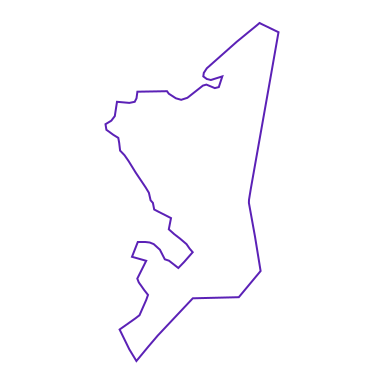 Boumdeid, Assaba, Mauritania
{"feature_id": "47542326B4408163770822", "entity_name": "Boumdeid", "entity_type": "district", "adm_level": 2, "iso_a3": "MRT", "parent_name": "Mauritania", "parent_adm1": "Assaba", "projection": "robinson", "projection_center": [-11.369, 17.747], "detail": "fine", "context": "isolated", "style": "outline", "palette": "violet", "viewbox_px": 384, "rotation_deg": 0, "n_neighbors": 0, "source": "geoboundaries", "source_scale": "gbopen_adm2", "svg_char_len": 1110}
<svg xmlns="http://www.w3.org/2000/svg" viewBox="0 0 384 384"><path d="M273.9,30.0L261.7,24.1L259.5,23.0L257.7,24.6L236.7,41.8L206.8,68.3L203.8,72.9L203.3,76.4L206.8,79.0L210.8,80.0L222.3,76.4L218.8,87.1L214.8,88.1L206.4,84.6L202.9,85.6L187.4,97.8L181.2,99.8L175.9,98.3L168.8,93.7L167.0,91.2L137.4,91.7L136.5,98.3L134.7,101.8L129.4,102.9L117.0,101.8L114.8,116.1L111.3,120.7L105.5,124.2L106.4,129.8L113.3,134.8L118.3,137.9L119.2,143.0L120.1,150.6L124.5,155.2L128.6,161.1L135.7,172.6L145.7,187.5L148.9,192.8L150.6,200.3L152.9,202.9L154.2,209.5L159.0,212.0L171.0,218.1L168.8,229.3L174.3,234.2L179.9,238.5L186.5,244.1L189.6,248.6L192.7,252.2L184.3,261.8L178.3,268.0L169.0,260.7L164.8,259.3L159.9,249.7L153.7,244.1L149.7,242.5L145.3,242.0L137.8,242.0L132.0,256.8L146.2,260.8L137.3,278.6L138.7,282.2L139.6,283.6L140.8,285.2L144.0,289.8L148.0,294.9L146.2,300.0L139.5,315.2L135.5,318.3L119.6,329.5L129.3,349.3L136.4,361.0L148.5,346.4L157.7,335.6L192.8,298.3L238.8,297.2L260.6,271.0L255.0,236.6L248.9,202.9L249.0,199.8L250.8,188.8L270.6,77.1L278.5,32.2L273.9,30.0Z" fill="none" stroke="#5b21b6" stroke-width="2"/></svg>